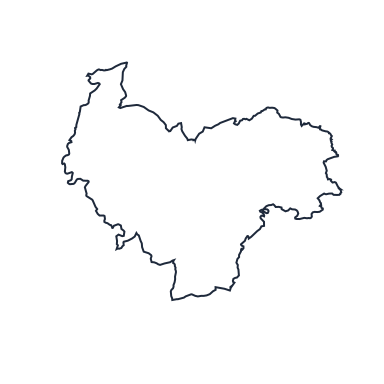 Godeanu, Mehedinti, Romania, rotated 291°
{"feature_id": "2599482B82474731050833", "entity_name": "Godeanu", "entity_type": "district", "adm_level": 2, "iso_a3": "ROU", "parent_name": "Romania", "parent_adm1": "Mehedinti", "projection": "albers", "projection_center": [22.605, 44.8], "detail": "fine", "context": "isolated", "style": "outline", "palette": "slate", "viewbox_px": 384, "rotation_deg": 291, "n_neighbors": 0, "source": "geoboundaries", "source_scale": "gbopen_adm2", "svg_char_len": 6027}
<svg xmlns="http://www.w3.org/2000/svg" viewBox="0 0 384 384"><g transform="rotate(291 192 192)"><path d="M265.4,52.9L263.0,52.5L263.4,53.2L263.4,53.8L262.7,55.8L261.5,56.3L259.5,55.4L258.9,55.5L257.1,58.8L257.1,60.2L257.8,62.1L260.1,65.1L260.1,66.6L259.6,67.2L254.4,65.9L252.0,64.8L247.5,61.6L245.1,62.3L240.3,62.7L238.9,63.4L237.6,63.4L235.7,62.1L234.7,60.9L234.3,59.8L231.9,57.4L226.5,58.6L225.3,58.3L224.7,58.9L213.2,60.0L211.1,60.7L210.0,59.9L209.4,60.1L209.1,60.7L207.2,60.7L205.4,61.6L203.7,61.7L201.8,61.1L200.0,59.9L196.5,59.0L196.3,61.0L195.3,61.6L193.7,59.6L192.3,58.9L190.1,59.0L189.3,59.4L187.2,61.9L184.0,63.6L183.0,63.7L181.8,62.7L181.2,61.5L179.3,60.2L178.1,59.7L174.6,59.6L172.1,60.5L171.7,61.2L172.8,62.4L172.4,63.3L169.6,64.9L165.5,66.0L164.4,67.1L164.2,68.1L164.5,69.2L167.5,72.7L167.0,73.9L163.6,74.3L160.7,75.1L159.6,74.7L157.7,72.5L156.1,72.8L155.6,74.0L155.5,75.2L157.2,78.6L158.5,79.3L162.4,80.0L163.3,80.8L164.3,83.1L163.6,86.4L165.1,90.5L165.1,91.1L164.9,91.7L164.1,91.9L159.7,90.5L158.0,90.3L152.7,94.2L151.1,94.4L150.4,95.0L149.1,101.5L148.6,102.3L143.6,107.2L142.1,109.6L140.0,109.1L137.8,111.8L136.9,114.1L138.4,118.0L138.2,119.0L135.6,120.4L133.9,120.4L132.7,120.9L132.4,122.4L132.6,124.3L131.9,126.9L132.0,128.5L129.9,130.5L130.1,130.9L132.5,131.2L135.4,134.5L135.5,135.1L135.2,137.6L132.2,139.4L131.5,141.9L130.8,143.1L126.6,144.0L125.8,142.7L125.9,138.7L123.5,137.2L119.4,139.6L116.4,140.5L115.7,141.9L111.7,142.1L112.6,142.9L113.0,144.4L114.4,146.1L116.5,146.5L117.8,147.3L120.5,146.0L121.2,146.2L123.5,149.5L127.1,152.7L129.9,154.5L133.8,154.8L132.8,156.1L132.4,157.9L127.9,161.6L126.1,163.5L122.6,165.2L119.0,168.3L119.3,173.5L118.4,176.5L117.6,177.2L114.9,177.4L112.1,179.4L112.8,181.9L112.8,184.5L112.4,186.3L112.5,188.3L115.4,191.9L118.6,196.7L121.0,198.4L121.9,199.5L121.0,199.3L119.0,199.8L118.7,201.2L118.0,202.0L116.6,202.6L115.4,203.8L114.0,204.0L112.4,205.3L111.2,205.8L106.9,206.5L104.6,207.5L101.5,208.1L98.4,208.1L97.0,208.7L95.3,208.8L93.3,207.9L91.7,207.8L87.4,209.9L85.7,211.5L84.1,212.3L86.6,216.4L86.8,217.2L90.5,222.3L92.3,223.5L96.2,227.9L96.4,228.7L96.2,232.2L96.6,234.9L98.4,237.9L99.3,240.3L100.7,242.7L103.0,245.2L106.9,247.2L109.1,249.1L111.6,248.1L113.3,257.0L113.6,262.7L115.7,262.6L117.0,261.9L117.9,262.4L117.6,262.8L122.6,264.1L122.8,262.6L123.7,262.0L125.8,261.8L127.3,263.1L128.2,264.6L130.9,265.7L136.3,263.1L137.7,261.7L140.3,260.9L141.9,258.8L145.7,258.4L148.1,259.3L150.1,258.5L154.1,259.0L156.2,258.4L156.5,258.6L155.9,259.3L156.0,259.6L158.0,260.2L159.7,259.5L159.7,257.9L160.4,256.6L160.8,256.5L165.4,258.9L167.9,258.8L170.7,259.5L170.9,260.0L170.2,261.0L168.9,261.7L171.3,263.3L178.9,266.9L181.7,268.7L184.8,269.1L186.2,271.4L190.0,269.9L192.0,265.6L193.2,264.8L194.7,265.2L195.1,266.0L195.1,268.0L195.8,267.9L197.1,266.8L198.1,264.6L198.1,262.8L198.8,262.1L200.3,263.3L200.9,264.6L199.9,265.0L199.5,266.0L198.9,269.0L199.5,270.2L201.1,270.4L202.0,270.0L202.5,269.3L202.7,268.3L201.9,265.7L202.0,265.0L205.4,266.5L207.2,268.4L208.2,270.6L209.6,272.1L209.2,273.5L208.0,275.5L209.2,278.3L209.6,281.1L208.1,281.9L207.5,286.2L209.2,288.4L211.9,289.6L211.7,291.6L212.6,294.5L212.4,296.2L211.7,297.5L210.0,298.9L207.5,298.8L205.2,297.4L204.2,297.9L204.2,299.0L205.3,302.1L208.1,306.1L208.7,308.8L209.4,310.0L209.9,311.7L210.5,312.3L211.9,312.7L214.3,311.5L216.2,312.0L217.3,313.4L218.2,316.2L219.3,318.3L222.4,320.4L223.5,320.0L223.6,318.7L224.8,317.7L224.8,316.3L225.3,316.4L225.8,317.4L227.8,316.3L228.2,315.4L229.9,313.9L231.2,311.6L234.1,313.0L237.9,315.9L237.8,317.2L238.0,318.1L239.6,320.5L240.8,323.3L240.1,325.2L241.1,328.1L242.1,330.5L243.3,331.2L243.7,330.9L245.1,331.5L247.1,330.0L247.5,329.0L247.8,329.8L248.1,328.6L249.2,326.4L252.3,323.0L252.4,321.7L251.2,319.8L252.3,317.5L253.4,317.4L253.5,315.9L252.5,314.4L254.1,313.2L254.4,312.5L256.6,311.5L257.6,310.2L260.1,310.2L263.4,307.8L266.5,304.4L267.9,304.2L268.6,306.1L270.1,306.2L271.3,307.0L275.8,312.2L277.6,315.4L278.0,315.5L278.9,315.0L278.9,314.0L279.3,313.0L280.6,312.5L280.9,312.1L280.6,311.3L281.7,310.5L281.2,309.9L281.7,309.3L281.5,308.0L283.1,308.1L283.6,307.8L284.1,306.5L285.0,305.8L286.6,305.9L288.0,304.4L289.0,304.3L289.3,303.5L290.5,302.8L291.1,303.5L291.8,302.2L294.3,302.5L294.5,301.9L295.8,300.4L296.3,299.2L296.0,298.7L296.6,298.3L296.9,297.4L296.9,296.2L296.6,295.5L296.2,291.9L296.2,290.8L296.6,289.9L296.4,289.1L297.3,288.5L299.4,288.3L299.4,287.9L297.3,287.0L297.2,285.2L296.4,282.1L296.3,280.4L296.8,278.4L298.3,276.6L298.3,276.1L297.8,275.5L297.0,275.1L295.5,273.0L295.4,272.7L296.3,272.7L296.3,272.1L293.0,270.7L294.1,269.5L296.5,268.6L298.3,267.3L298.3,266.1L296.7,262.7L295.9,259.0L295.9,255.6L295.2,252.4L294.1,250.2L293.7,248.4L293.8,247.7L296.1,245.1L296.7,243.1L298.7,242.6L299.8,239.6L299.9,238.7L299.5,236.9L298.3,234.0L298.2,232.7L297.2,231.4L295.5,231.2L295.3,230.4L292.8,228.7L292.4,227.8L290.9,227.7L288.8,225.2L285.8,223.6L285.2,222.3L281.9,221.6L279.5,219.8L279.8,216.6L279.1,215.9L279.0,214.4L278.4,213.4L276.9,213.0L275.8,211.4L272.7,211.1L270.9,210.2L270.7,208.2L271.1,206.6L272.7,206.7L273.8,207.4L274.2,206.6L276.1,206.2L275.6,203.7L266.5,193.5L264.7,192.4L262.2,189.9L258.4,187.1L256.9,180.5L252.3,180.4L249.0,177.8L242.8,176.4L241.5,176.5L241.8,176.3L240.9,174.8L241.3,174.6L240.8,172.5L238.9,169.5L240.2,168.4L242.0,165.3L245.2,161.1L247.0,159.6L248.9,159.2L252.4,157.1L250.9,154.8L248.3,154.2L245.3,150.9L241.1,149.9L240.4,148.8L241.0,148.1L240.9,147.7L242.2,144.8L245.1,143.6L247.0,140.5L248.1,137.0L250.9,132.7L252.5,127.4L252.6,122.3L254.1,116.5L253.9,110.9L253.4,109.1L249.2,101.1L249.1,100.4L244.7,95.0L244.8,93.4L247.6,94.3L247.8,93.4L250.6,94.0L252.3,92.9L256.0,95.5L257.8,96.1L258.5,95.9L261.3,93.8L263.3,90.8L267.2,87.0L271.2,87.1L279.1,84.5L282.6,84.7L285.4,85.8L286.3,85.3L289.4,85.0L289.5,84.7L286.3,79.9L281.9,75.7L278.5,73.1L277.1,71.4L275.2,68.7L275.2,67.9L274.4,67.3L273.9,66.0L273.7,64.2L273.1,63.0L273.1,61.3L272.8,60.7L271.5,59.6L266.6,57.0L265.9,56.2L265.4,52.9Z" fill="none" stroke="#1e293b" stroke-width="2"/></g></svg>